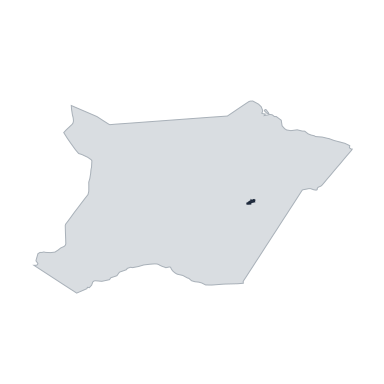 location of Kathiani, Eastern, Kenya, rotated 266°
{"feature_id": "3690345B54323556821532", "entity_name": "Kathiani", "entity_type": "district", "adm_level": 2, "iso_a3": "KEN", "parent_name": "Kenya", "parent_adm1": "Eastern", "projection": "equal_earth", "projection_center": [37.316, -1.421], "detail": "fine", "context": "in_parent", "style": "filled", "palette": "slate", "viewbox_px": 384, "rotation_deg": 266, "n_neighbors": 0, "source": "geoboundaries", "source_scale": "gbopen_adm2", "svg_char_len": 4135}
<svg xmlns="http://www.w3.org/2000/svg" viewBox="0 0 384 384"><g transform="rotate(266 192 192)"><path d="M97.4,236.8L97.3,231.4L97.9,217.5L97.8,205.3L98.3,199.2L100.6,195.3L101.6,192.5L102.3,188.6L103.5,185.4L106.1,182.8L106.6,181.4L109.4,177.0L111.1,171.4L112.4,169.5L114.0,167.8L115.1,166.9L116.9,165.9L118.4,165.4L118.6,165.0L118.8,164.1L118.3,160.6L118.9,159.5L119.9,157.1L121.0,155.0L122.0,153.6L122.6,152.2L122.9,149.8L122.9,148.0L122.9,145.2L122.6,138.8L121.4,133.4L120.7,127.4L121.2,125.5L120.3,122.0L119.8,121.8L119.0,121.0L118.1,117.7L117.3,114.7L116.9,113.9L113.7,111.2L112.1,105.0L110.3,103.6L109.4,97.4L109.2,95.7L110.2,89.5L110.1,88.1L109.1,86.7L106.1,85.4L103.7,82.9L104.0,82.0L104.2,81.0L102.9,80.4L99.2,69.9L104.0,63.5L108.8,57.1L115.0,48.9L120.6,41.5L125.5,35.0L129.9,29.2L129.8,30.3L129.8,31.8L130.3,32.7L131.2,33.3L132.5,32.7L133.6,31.8L134.6,31.6L141.2,34.0L142.3,36.1L142.2,38.3L142.5,40.0L142.0,41.6L141.4,46.5L141.6,51.1L143.5,54.5L145.3,57.1L146.7,60.8L147.7,61.9L149.1,62.5L153.6,62.7L160.3,62.9L166.7,63.2L167.3,63.2L168.7,63.7L174.6,68.8L180.0,73.3L184.5,77.3L189.0,81.2L193.3,85.0L196.7,88.1L200.0,89.1L205.3,89.5L209.0,89.7L212.5,91.0L217.6,92.2L221.4,92.8L223.7,93.5L230.1,94.3L231.1,93.8L233.9,90.4L237.1,84.7L238.3,81.6L242.4,78.6L249.5,74.2L254.6,71.2L260.2,68.2L262.7,70.8L266.2,75.1L267.8,77.1L269.1,78.1L271.0,78.7L273.3,78.7L274.6,78.6L277.2,78.1L283.2,77.6L286.7,77.6L283.8,83.2L280.3,90.0L273.9,102.4L269.0,108.9L265.3,113.9L264.9,114.8L265.0,120.3L265.0,133.7L265.1,160.7L265.2,187.6L265.3,214.6L265.3,228.1L265.3,232.6L268.6,238.3L271.8,243.8L276.0,251.1L278.2,255.0L278.6,256.4L278.5,259.0L275.0,264.5L272.2,267.0L268.4,268.2L267.2,267.9L265.7,267.1L265.1,268.5L264.7,270.5L263.8,270.1L263.2,269.5L263.6,273.1L264.0,274.9L263.4,277.4L261.5,279.5L261.4,281.3L257.4,286.0L251.7,286.5L248.7,288.8L247.3,290.7L246.3,294.9L246.7,301.3L245.1,306.2L244.8,308.7L241.9,311.9L240.5,314.8L239.6,317.8L238.7,319.1L237.7,325.8L236.4,329.9L236.0,331.2L235.7,332.4L234.6,334.8L233.9,336.4L233.4,337.5L229.9,347.9L227.2,352.6L225.1,352.1L223.7,353.9L223.6,354.8L222.8,354.3L221.0,352.6L217.4,349.0L213.8,345.5L210.1,342.0L206.5,338.4L202.9,334.9L199.2,331.4L195.6,327.8L191.9,324.3L189.8,322.2L188.9,321.0L188.1,318.6L187.8,318.0L186.8,317.2L185.6,317.0L185.3,316.6L185.3,315.4L185.7,313.7L187.1,310.5L187.2,308.6L186.9,306.4L186.5,302.9L186.2,302.1L183.8,300.3L178.7,296.5L173.6,292.7L168.6,288.9L163.5,285.1L158.5,281.3L153.4,277.5L148.3,273.7L143.3,269.9L138.2,266.1L133.2,262.3L128.1,258.5L123.0,254.7L118.0,250.9L112.9,247.1L107.9,243.3L102.8,239.5L100.9,238.0L99.2,236.8L97.4,236.8ZM265.7,273.8L264.8,274.1L265.3,272.2L267.9,269.9L268.9,270.4L269.1,271.0L269.1,271.4L268.6,271.9L265.7,273.8Z" fill="#d9dde1" stroke="#a8b0b8" stroke-width="1"/><path d="M177.4,247.3L177.4,247.2L177.2,247.0L177.2,246.9L177.0,246.7L176.9,246.5L176.9,246.4L176.9,246.2L176.7,246.2L176.3,246.1L176.2,246.3L176.1,247.8L176.1,248.2L176.1,248.4L176.1,248.9L176.1,249.1L176.1,249.4L176.1,249.6L176.4,249.6L176.5,249.4L176.5,249.2L176.8,249.1L177.0,249.0L177.1,249.3L177.0,249.5L177.1,249.8L177.2,250.0L177.3,250.0L177.4,250.3L177.4,250.5L177.5,250.7L177.5,250.8L177.5,251.0L177.6,251.3L177.8,251.8L177.8,252.0L177.8,252.3L177.8,252.5L178.0,252.6L178.0,252.8L178.2,252.7L178.3,252.7L178.4,252.8L178.5,252.9L178.6,253.0L178.8,253.2L178.9,253.3L178.8,253.5L178.7,253.6L178.8,253.6L178.9,253.8L178.9,253.7L179.0,253.7L179.3,253.5L179.3,253.4L179.4,253.5L179.3,253.8L179.2,253.9L179.2,254.0L179.2,254.3L179.2,254.2L179.3,254.2L179.4,253.8L179.5,253.8L179.6,253.7L179.8,253.5L179.8,253.4L180.0,253.3L180.0,253.2L179.9,253.1L179.9,252.9L179.7,252.8L179.7,252.7L179.6,252.4L179.5,252.2L179.6,251.9L179.6,251.7L179.6,251.4L179.6,251.2L179.5,250.9L179.5,250.7L179.4,250.7L179.5,250.6L179.4,250.6L179.4,250.4L179.2,250.3L179.1,250.2L179.0,249.9L178.9,249.8L178.9,249.7L178.8,249.4L178.7,249.2L178.4,249.0L178.4,248.9L178.5,248.9L178.4,248.9L178.3,248.7L178.2,248.6L178.2,248.4L178.1,248.2L177.9,248.1L177.9,247.9L177.8,247.7L177.7,247.7L177.5,247.4L177.4,247.3L177.4,247.3Z" fill="#64748b" stroke="#1e293b" stroke-width="1.5"/></g></svg>